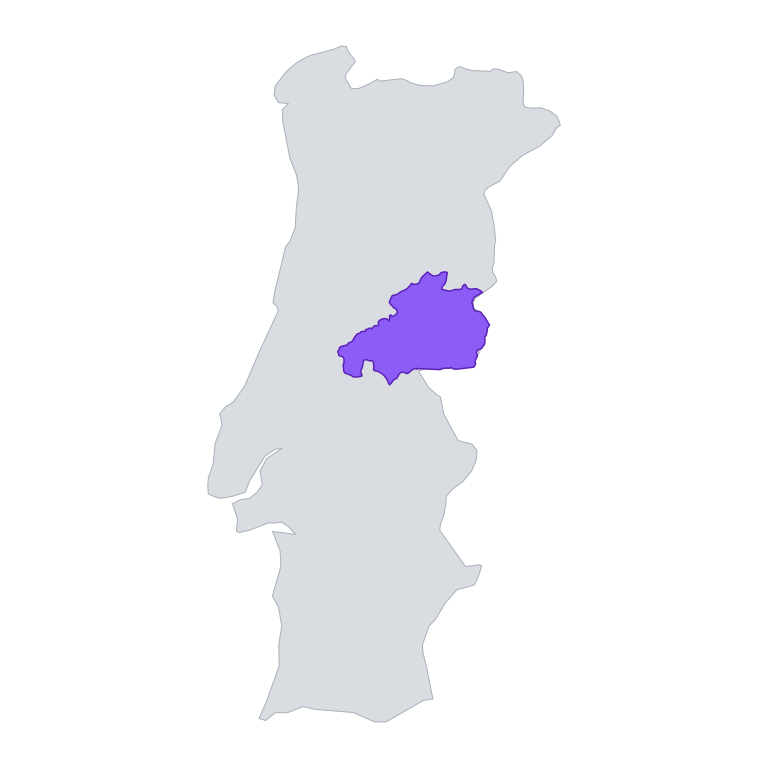 where Castelo Branco sits in Portugal
{"feature_id": "PRT-751", "entity_name": "Castelo Branco", "entity_type": "District", "adm_level": 1, "iso_a3": "PRT", "parent_name": "Portugal", "parent_adm1": "", "projection": "robinson", "projection_center": [-7.603, 39.986], "detail": "fine", "context": "in_parent", "style": "filled", "palette": "violet", "viewbox_px": 768, "rotation_deg": 0, "n_neighbors": 0, "source": "natural_earth", "source_scale": "10m", "svg_char_len": 5502}
<svg xmlns="http://www.w3.org/2000/svg" viewBox="0 0 768 768"><path d="M286.1,71.8L296.2,63.0L306.2,57.2L311.7,55.0L334.7,49.0L340.7,46.1L346.4,46.6L347.3,49.4L350.6,55.0L354.2,58.9L355.2,61.7L346.3,73.6L345.0,77.7L349.7,85.5L350.5,87.7L352.7,88.7L358.9,88.4L370.0,83.5L377.5,79.3L380.1,81.1L401.8,78.7L407.0,80.6L410.4,82.7L421.1,85.6L432.7,85.9L447.2,81.9L453.4,77.8L454.6,73.3L454.9,70.0L456.8,67.8L460.1,66.6L465.2,68.8L472.6,70.6L490.2,71.3L493.6,68.8L499.6,69.5L507.5,72.7L516.6,71.6L521.2,75.5L523.1,80.6L523.7,91.7L523.0,102.9L524.9,107.0L531.0,108.1L541.0,107.9L549.9,111.0L556.9,116.3L559.2,121.7L560.2,125.4L556.8,127.5L552.1,135.5L539.9,146.0L522.5,155.4L509.3,167.0L500.2,181.0L488.7,187.0L485.2,190.2L483.8,194.0L491.5,211.1L493.9,224.3L495.8,240.5L494.6,245.1L494.0,262.9L492.3,268.1L492.7,272.4L495.6,276.9L496.8,281.3L491.6,286.8L482.0,293.2L474.8,298.9L472.9,304.2L473.5,307.5L485.5,318.8L487.7,323.4L486.1,334.5L479.2,352.9L472.6,364.0L471.5,365.1L463.9,368.3L427.5,368.4L418.7,370.9L419.9,373.2L428.5,387.5L437.4,395.2L440.4,396.9L443.6,413.7L458.1,440.5L472.1,444.2L477.0,450.9L476.1,460.3L471.8,470.6L463.2,481.2L453.0,488.7L446.3,496.1L445.8,504.7L443.7,515.6L440.5,524.2L439.7,530.1L465.5,566.6L479.8,564.8L481.7,565.7L479.1,574.4L474.6,584.6L469.2,586.5L456.9,589.7L445.3,602.9L435.9,618.7L428.8,626.4L422.3,645.3L423.1,653.5L426.3,666.1L432.9,698.9L423.4,700.4L386.1,721.9L374.6,721.9L353.1,712.5L315.1,709.4L302.7,706.6L287.2,712.8L275.2,712.6L265.7,720.5L258.9,718.4L266.8,700.7L279.2,665.7L278.8,644.4L281.8,625.8L278.5,607.4L272.4,596.0L280.9,566.2L280.1,550.9L272.5,531.5L295.6,534.4L288.5,526.8L281.5,522.0L274.7,523.1L268.9,522.8L249.2,530.3L239.3,532.6L236.4,531.3L237.6,519.3L232.5,503.7L240.4,499.6L249.6,498.4L257.5,491.8L262.3,484.4L259.9,471.2L266.7,458.6L282.6,448.0L274.4,449.6L264.9,456.2L250.0,480.2L245.1,492.4L232.4,496.3L221.0,498.3L215.2,497.0L208.3,493.9L207.8,485.0L208.4,477.8L213.2,463.6L215.1,443.5L221.9,425.6L221.5,420.8L219.6,413.7L225.7,406.7L233.1,402.1L244.3,386.7L260.1,349.9L278.2,311.1L276.8,306.3L273.0,302.7L274.6,292.3L285.6,246.8L290.1,240.9L295.2,227.6L296.4,206.1L298.5,191.3L298.1,183.8L296.5,174.9L289.8,157.8L282.8,121.8L282.3,109.7L288.2,103.6L278.5,102.7L274.1,94.9L275.2,86.1L286.1,71.8Z" fill="#d9dde1" stroke="#a8b0b8" stroke-width="1"/><path d="M482.7,292.8L481.3,293.0L476.7,295.9L474.7,296.7L473.8,297.9L472.7,300.9L471.8,302.5L472.7,304.4L473.5,308.8L474.8,310.6L476.1,311.0L478.9,311.4L480.1,311.8L481.2,312.7L482.7,314.9L485.1,317.7L489.5,325.0L487.6,327.9L487.1,329.3L487.3,330.8L486.9,331.9L486.3,335.2L486.0,335.7L484.9,336.5L484.6,337.1L484.6,337.8L485.0,339.2L485.0,339.8L484.8,341.0L484.7,343.2L484.4,344.5L481.6,348.3L480.6,348.9L478.2,349.9L477.3,350.5L476.5,352.3L476.7,353.7L477.2,355.0L477.3,356.1L476.9,357.3L475.6,359.5L475.1,360.7L475.1,362.0L475.4,362.9L475.6,363.8L474.3,366.7L472.7,367.3L456.8,369.2L453.5,369.0L451.1,367.6L449.3,368.2L445.0,368.1L442.9,368.5L441.2,369.2L439.7,369.6L416.4,368.5L416.5,368.9L415.4,368.5L413.3,369.2L411.4,370.4L410.0,371.7L407.6,373.5L405.7,373.2L403.9,372.3L401.4,372.1L399.7,373.4L398.3,375.5L397.3,377.6L396.6,378.5L394.5,379.3L392.7,381.1L391.2,383.2L389.6,384.7L388.6,383.4L387.8,381.1L387.4,380.2L385.1,376.8L382.9,374.3L380.9,373.2L379.3,371.9L377.1,371.2L375.8,371.0L374.6,370.7L373.9,370.3L373.6,369.2L373.8,367.2L373.7,365.2L373.5,364.2L373.5,363.2L373.3,362.3L372.9,361.4L372.3,360.9L369.7,360.8L366.3,359.7L364.0,360.1L363.5,361.0L362.2,367.8L361.4,369.1L360.8,370.8L360.9,372.3L361.7,374.3L361.8,375.2L361.9,375.9L359.5,376.7L355.8,377.0L353.4,376.9L350.7,375.2L344.7,372.9L343.8,371.2L343.3,366.5L343.3,364.0L344.1,362.8L343.9,360.4L344.0,359.7L343.9,359.0L343.8,358.4L343.4,357.6L342.8,356.9L341.5,356.4L340.1,356.1L339.0,355.4L338.4,353.3L337.8,351.9L337.8,351.2L338.7,350.1L339.3,349.5L339.4,348.7L339.3,348.1L339.9,347.3L340.5,346.7L345.3,345.3L346.4,345.5L347.0,344.9L347.9,343.8L348.8,342.8L349.8,342.3L350.7,342.2L351.8,341.5L352.8,340.6L354.9,336.6L356.6,335.0L356.9,334.2L357.7,333.7L358.2,333.5L359.7,333.3L360.9,331.9L363.3,331.3L365.1,331.4L365.5,330.9L365.7,330.2L365.8,329.5L366.4,329.3L367.9,329.2L368.5,328.6L369.0,328.3L370.0,328.1L370.7,328.2L371.4,328.4L371.9,328.6L372.4,328.3L373.8,326.3L374.6,325.8L375.4,325.7L377.5,325.6L378.5,325.0L378.7,324.3L378.2,322.5L378.6,321.4L379.9,320.1L382.5,318.9L384.0,318.6L385.3,318.6L386.3,318.9L387.3,319.2L389.4,320.9L389.7,318.3L389.5,316.1L390.1,315.3L390.6,315.0L391.1,315.1L391.3,315.5L391.7,316.0L392.4,316.2L393.5,316.1L395.7,314.7L396.6,313.8L397.0,313.1L397.1,312.4L397.1,311.6L397.0,310.8L396.4,309.4L393.5,307.5L391.7,305.4L390.6,304.5L390.0,303.6L389.4,302.0L389.8,300.9L392.1,295.8L394.2,295.0L396.0,294.8L397.3,294.2L401.4,291.4L404.3,290.3L407.1,288.6L409.4,286.3L411.6,283.4L414.2,284.4L417.9,283.7L418.9,282.9L419.6,282.0L420.4,280.2L420.6,279.3L422.1,276.9L427.5,272.0L431.8,275.3L434.3,276.1L435.5,275.9L438.9,275.0L441.2,272.5L442.1,272.4L443.2,272.1L445.1,271.9L445.9,272.0L447.2,272.5L446.2,280.3L444.9,283.7L444.1,284.7L443.2,285.7L442.1,287.1L441.8,288.1L441.9,288.8L442.3,289.2L443.0,289.6L443.7,289.7L444.8,290.2L447.1,290.6L449.8,291.2L454.7,289.5L459.8,289.5L461.2,289.1L462.0,288.3L462.2,287.4L462.7,286.3L463.3,285.4L464.5,284.4L465.2,284.6L465.8,285.2L466.3,286.1L467.3,287.9L468.3,288.7L470.7,289.1L473.2,289.0L474.9,288.6L476.0,288.7L476.7,288.8L479.4,290.1L481.0,291.1L482.2,292.3L482.6,292.8L482.7,292.8Z" fill="#8b5cf6" stroke="#5b21b6" stroke-width="1.5"/></svg>